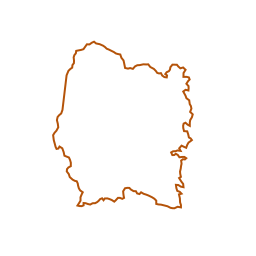 Lagoão, Rio Grande do Sul, Brazil, rotated 340°
{"feature_id": "56859067B28681273525676", "entity_name": "Lagoão", "entity_type": "district", "adm_level": 2, "iso_a3": "BRA", "parent_name": "Brazil", "parent_adm1": "Rio Grande do Sul", "projection": "robinson", "projection_center": [-52.774, -29.241], "detail": "fine", "context": "isolated", "style": "outline", "palette": "amber", "viewbox_px": 256, "rotation_deg": 340, "n_neighbors": 0, "source": "geoboundaries", "source_scale": "gbopen_adm2", "svg_char_len": 2891}
<svg xmlns="http://www.w3.org/2000/svg" viewBox="0 0 256 256"><g transform="rotate(340 128 128)"><path d="M145.9,56.3L143.6,54.9L142.1,53.8L140.7,51.8L138.4,49.4L136.7,47.6L135.1,46.2L134.1,44.1L132.8,42.2L130.0,39.5L126.9,37.6L125.6,35.3L123.1,35.5L120.4,36.3L118.0,35.3L113.1,38.7L110.8,38.6L107.7,38.1L105.7,37.8L104.5,40.0L102.5,41.2L101.1,43.0L100.3,46.3L99.3,48.6L97.3,49.9L96.2,52.2L94.0,52.8L91.6,53.9L88.3,57.5L72.6,88.6L70.2,91.5L67.7,92.4L65.6,93.6L63.9,96.3L63.5,100.0L62.7,103.5L59.9,106.0L57.3,107.4L55.2,109.1L54.1,114.0L53.8,117.9L53.5,120.9L53.7,123.2L55.5,123.5L57.3,122.0L59.3,124.6L59.3,128.6L58.8,132.3L60.9,134.2L62.4,135.5L62.6,138.2L62.4,141.1L61.2,144.3L58.5,144.7L56.6,145.8L55.6,147.9L56.6,151.0L56.5,154.2L58.3,157.6L60.0,159.5L61.6,160.5L61.8,162.9L61.4,165.0L61.2,167.9L61.7,170.3L63.5,172.9L61.7,174.6L59.7,176.8L58.5,180.1L56.1,182.0L54.0,183.6L55.6,184.7L57.8,185.6L59.8,185.5L60.6,183.3L62.5,184.2L64.3,185.7L66.3,187.0L69.0,186.6L71.4,187.4L73.6,187.1L75.5,186.4L77.4,185.3L79.6,185.2L80.3,187.5L82.1,186.3L84.5,187.1L86.0,188.2L88.1,190.1L89.9,192.5L91.6,191.8L94.7,190.2L96.5,190.9L98.4,192.6L100.4,192.3L100.7,190.2L101.2,188.0L101.8,185.8L104.6,183.6L106.9,184.0L108.8,184.8L109.6,186.7L111.6,189.2L113.8,190.1L114.2,192.6L116.2,194.0L118.3,192.9L120.2,195.2L122.4,196.9L124.1,198.4L126.9,201.3L128.6,203.5L129.7,205.9L128.6,209.0L130.4,210.2L132.8,211.3L135.5,213.1L138.4,215.1L140.6,217.5L142.4,218.6L144.2,219.3L147.7,219.0L150.6,220.7L151.4,218.5L151.5,215.7L152.7,211.8L153.2,207.8L155.8,208.0L154.8,205.7L152.8,203.9L152.9,201.0L153.6,197.8L155.8,198.8L157.5,201.1L159.9,202.6L160.7,199.4L159.8,196.6L158.9,192.5L161.0,192.0L161.4,188.9L162.0,186.7L163.6,184.3L164.9,181.8L166.1,179.9L166.8,176.8L168.9,176.1L170.7,177.0L172.4,176.3L171.1,174.5L169.0,173.7L166.3,173.1L165.6,170.4L164.1,168.6L162.2,169.2L160.4,168.6L160.2,165.7L162.5,165.3L164.8,166.1L166.8,166.0L169.6,167.5L169.2,164.6L172.3,162.9L174.3,165.0L175.9,166.5L177.9,164.1L179.9,162.4L182.1,161.8L183.9,161.2L183.3,159.2L182.0,157.7L182.4,154.5L182.5,151.4L179.6,150.1L179.9,147.0L180.6,144.7L181.8,142.9L183.8,142.7L185.2,145.3L186.8,147.1L187.9,144.1L189.1,141.9L191.7,139.8L193.5,137.3L191.9,134.1L194.2,131.5L194.6,128.9L194.2,126.6L195.0,122.9L193.1,120.0L193.1,117.3L192.7,114.7L192.4,112.6L195.2,111.8L197.6,113.4L198.6,111.3L199.2,109.3L198.0,106.4L200.5,104.5L202.5,103.5L202.5,101.3L200.6,100.0L197.6,98.9L199.0,95.3L202.0,93.0L200.5,90.0L197.6,89.8L196.3,87.4L195.6,85.3L193.6,84.5L191.4,83.7L188.6,85.4L187.4,87.5L185.8,88.6L183.4,88.8L181.5,90.1L182.7,91.9L181.7,93.7L179.6,92.6L178.1,90.4L177.7,87.7L175.9,87.4L174.3,86.2L173.7,84.0L172.5,81.3L169.8,78.3L168.8,75.1L166.8,74.5L164.2,73.4L160.5,72.9L158.2,72.2L155.7,72.5L152.8,74.1L150.5,72.4L148.3,72.2L145.8,70.6L146.6,65.3L146.9,63.0L145.8,59.7L145.9,56.3Z" fill="none" stroke="#b45309" stroke-width="2"/></g></svg>